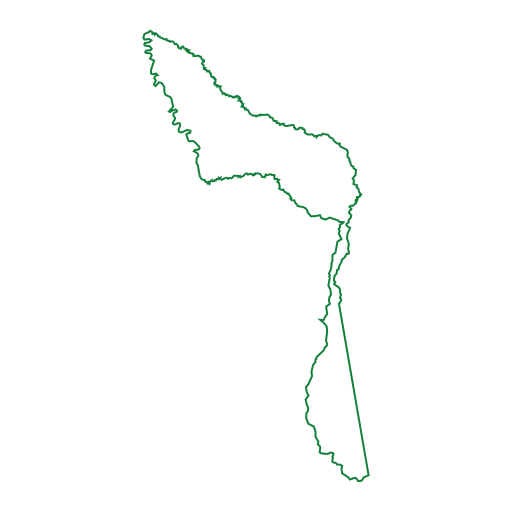 the district of El Doncello, Caquetá, Colombia, rotated 181°
{"feature_id": "7082276B94017431983929", "entity_name": "El Doncello", "entity_type": "district", "adm_level": 2, "iso_a3": "COL", "parent_name": "Colombia", "parent_adm1": "Caquetá", "projection": "mercator", "projection_center": [-75.148, 1.876], "detail": "fine", "context": "isolated", "style": "outline", "palette": "green", "viewbox_px": 512, "rotation_deg": 181, "n_neighbors": 0, "source": "geoboundaries", "source_scale": "gbopen_adm2", "svg_char_len": 6117}
<svg xmlns="http://www.w3.org/2000/svg" viewBox="0 0 512 512"><g transform="rotate(181 256 256)"><path d="M158.2,34.2L153.2,36.0L151.7,35.2L149.9,32.8L147.8,32.7L146.1,33.6L144.5,36.5L139.6,38.7L172.2,209.7L170.0,213.0L170.2,214.4L171.4,215.5L170.3,219.1L171.3,220.7L171.3,223.8L172.8,226.2L177.3,229.1L176.3,231.4L177.6,232.6L177.6,233.9L177.2,237.2L175.0,240.1L174.8,243.2L173.0,244.5L172.8,247.0L170.3,251.9L170.2,253.6L167.2,256.4L165.3,259.9L163.6,259.8L163.0,260.5L164.0,265.1L163.4,269.7L165.3,275.1L164.9,279.9L162.4,285.7L165.8,287.7L166.3,289.3L163.8,291.5L164.0,293.6L162.1,295.8L161.4,298.3L163.9,300.9L163.1,302.8L161.4,304.5L163.4,306.9L162.1,307.9L160.0,307.9L156.9,310.7L156.0,313.1L157.3,312.0L157.3,313.7L155.7,314.2L156.3,316.6L153.7,317.0L153.0,317.6L153.2,318.7L151.9,319.3L154.1,321.8L154.9,325.1L156.6,326.3L156.1,328.4L159.8,329.6L159.3,333.1L160.7,335.2L157.9,338.8L157.5,343.8L160.2,345.7L160.3,347.2L162.0,347.8L163.2,350.1L163.3,351.9L164.3,352.7L164.2,354.1L164.9,355.7L165.7,355.9L166.4,358.1L166.0,361.3L167.0,363.8L173.3,366.8L174.4,368.2L174.2,369.9L176.0,369.7L177.5,370.4L179.8,372.2L181.3,374.6L184.5,376.2L186.0,378.4L191.6,379.4L193.0,377.6L195.0,378.0L197.1,376.9L197.5,375.9L198.3,377.2L199.5,376.6L202.0,378.7L205.4,378.3L207.5,378.8L209.5,380.3L209.2,381.7L209.9,383.4L211.5,383.7L211.8,384.8L214.8,385.1L215.7,383.6L217.9,383.3L219.3,383.9L219.2,384.8L220.2,385.3L220.5,387.2L221.2,387.7L228.7,386.4L230.4,387.3L230.5,388.5L231.0,388.1L232.8,388.7L234.3,387.4L235.9,389.6L237.7,389.4L237.8,391.2L240.6,391.3L241.9,394.2L244.5,395.0L244.9,396.2L247.0,397.7L250.2,397.1L252.8,397.4L253.9,396.8L254.3,397.4L255.8,396.3L256.8,396.7L258.1,395.5L259.4,396.4L261.7,396.3L264.7,398.3L266.4,401.5L268.7,402.3L268.7,402.9L269.7,402.5L270.0,404.1L272.1,404.9L271.9,405.5L272.9,405.4L271.4,407.7L272.5,407.9L273.1,410.2L273.8,409.9L274.6,411.5L276.1,411.2L274.9,413.3L275.6,413.6L274.9,413.9L275.8,414.9L278.1,415.8L278.8,414.6L279.4,414.9L280.8,414.1L281.2,414.6L281.5,414.1L284.6,415.8L285.8,415.3L287.2,416.7L288.3,416.4L288.9,417.1L289.2,416.6L290.8,418.2L292.2,417.6L292.4,418.9L294.5,421.8L295.0,424.1L294.4,424.8L296.3,424.9L296.4,425.5L298.4,426.3L298.4,425.4L299.8,427.1L300.5,426.8L300.8,428.4L299.8,429.0L299.4,431.8L301.0,432.7L300.6,433.1L302.2,434.5L303.2,434.2L304.0,435.2L304.5,438.0L305.5,438.3L306.0,440.2L308.1,439.7L308.2,440.6L311.1,442.0L310.3,443.0L311.3,443.0L311.9,446.1L313.4,447.5L312.4,449.7L311.4,449.6L311.4,450.7L313.7,451.9L314.6,454.3L315.5,454.2L316.9,455.3L321.9,454.7L321.9,456.5L322.5,456.4L322.6,457.1L326.6,458.0L327.1,458.7L326.7,459.7L328.1,458.9L328.6,459.5L327.9,460.9L329.6,460.9L329.3,461.9L331.4,462.3L332.6,464.2L334.1,463.6L334.5,462.0L335.5,461.9L337.4,463.1L337.1,463.9L338.1,465.5L339.5,466.7L340.8,466.3L342.3,468.7L343.5,469.2L345.9,468.7L346.4,469.7L347.6,469.5L349.1,470.4L349.3,471.4L350.6,470.8L356.0,473.1L356.3,473.8L357.7,473.9L358.2,475.4L360.1,476.9L361.0,475.4L361.9,476.9L363.3,476.2L363.6,478.0L365.8,479.3L366.6,478.3L371.5,475.9L372.4,472.1L371.4,470.4L367.0,471.1L364.3,469.8L366.4,467.8L370.9,467.0L371.4,465.3L370.2,464.3L366.2,464.0L363.9,461.4L365.0,460.0L369.5,459.4L370.3,457.9L369.2,457.0L365.9,457.0L364.4,456.2L363.8,454.4L365.5,451.5L361.3,449.6L364.3,440.0L364.1,436.6L362.9,435.9L359.2,436.7L357.5,435.1L359.4,434.5L360.6,433.0L360.8,431.9L359.2,429.8L360.8,426.6L360.8,425.3L359.2,424.2L356.2,427.9L353.3,427.4L350.7,423.6L350.5,418.6L349.5,415.7L344.6,413.4L343.5,412.1L341.4,403.9L345.6,398.9L344.4,398.5L341.9,400.2L338.8,401.1L337.4,399.8L337.9,398.6L340.2,397.9L341.2,396.7L340.9,394.6L339.4,392.7L339.6,390.9L341.5,387.8L341.1,386.3L339.0,386.1L336.3,387.6L334.5,387.2L334.1,385.3L335.7,380.4L335.4,379.1L334.3,378.4L332.2,378.4L327.2,380.8L323.8,380.1L323.9,378.1L326.8,377.3L327.8,376.3L325.6,370.1L324.5,369.4L322.3,369.9L319.7,369.4L314.8,364.4L314.3,362.8L315.1,361.5L318.9,361.0L320.0,359.7L316.5,357.9L315.5,356.4L315.6,354.9L316.9,352.9L317.2,348.2L315.8,345.9L313.6,334.7L311.8,332.0L309.5,331.0L308.6,331.2L308.0,329.5L306.1,328.9L305.7,327.6L304.9,327.9L303.8,327.1L303.5,328.5L304.2,329.5L303.1,329.5L301.4,331.2L301.0,330.1L299.0,330.2L298.5,331.2L297.5,330.9L296.8,332.2L295.4,332.1L294.7,333.5L294.0,332.6L293.0,333.4L293.2,332.5L291.5,331.6L287.8,333.6L286.5,333.7L285.3,332.7L284.6,333.4L281.6,333.4L279.3,335.9L275.1,335.8L275.0,334.7L273.4,335.7L272.9,334.5L270.0,335.9L267.6,338.3L265.9,338.2L265.4,337.2L262.8,338.3L260.3,336.5L259.5,336.8L259.5,337.8L258.3,337.7L258.1,338.6L254.8,338.5L253.1,338.0L251.1,335.1L248.5,334.9L247.7,337.6L246.5,336.9L243.0,338.1L241.5,337.2L239.5,337.4L238.8,336.8L239.1,334.9L238.6,333.2L236.3,333.6L235.7,332.7L234.6,332.6L235.4,331.8L234.6,330.5L235.6,331.1L235.9,330.6L234.3,329.3L233.5,325.8L234.0,323.8L231.1,322.4L229.9,322.9L228.3,320.5L226.7,320.0L226.0,318.8L224.6,319.0L221.7,314.6L222.6,313.8L221.1,312.4L218.5,312.2L218.0,310.3L215.5,307.7L215.3,306.7L209.4,305.7L207.0,304.3L205.3,302.1L205.3,300.7L201.8,296.7L197.3,296.9L192.8,298.0L191.5,295.1L187.3,293.6L183.0,295.7L174.6,293.0L173.2,291.5L169.1,291.4L169.9,290.3L172.7,288.6L172.6,285.9L173.8,284.4L172.8,282.6L173.5,279.8L170.9,274.3L174.8,271.8L176.6,260.7L179.5,258.5L179.5,252.6L180.4,250.3L180.3,247.5L181.1,243.4L182.8,239.7L181.7,238.0L182.4,236.9L181.9,235.2L183.1,227.7L181.0,223.7L180.4,219.2L180.4,218.2L181.8,216.4L182.3,212.5L181.4,209.4L185.0,206.6L183.8,199.3L186.2,195.9L186.8,193.6L188.2,193.1L190.6,193.3L186.6,189.9L184.1,186.7L183.5,182.2L184.5,172.3L183.6,170.4L183.6,167.7L185.3,166.0L186.9,162.6L193.8,155.9L193.8,154.2L194.9,153.2L194.7,151.0L197.0,148.1L198.5,141.4L197.9,136.8L201.4,128.7L203.8,125.7L202.9,120.9L201.1,117.4L203.9,113.4L202.6,107.9L201.3,105.7L201.2,102.3L202.8,99.7L203.0,94.8L200.9,89.3L195.1,86.4L193.4,81.3L193.3,76.2L190.4,71.6L190.9,68.6L189.1,67.2L188.4,65.7L188.9,60.7L188.0,60.0L182.6,59.3L179.7,59.7L178.4,60.8L175.5,60.2L175.0,59.3L176.1,56.7L175.6,55.8L176.2,52.0L175.2,50.9L172.6,50.6L171.2,48.9L168.3,48.9L166.2,47.8L166.8,44.9L166.1,40.2L159.8,36.2L158.2,34.2Z" fill="none" stroke="#15803d" stroke-width="2"/></g></svg>